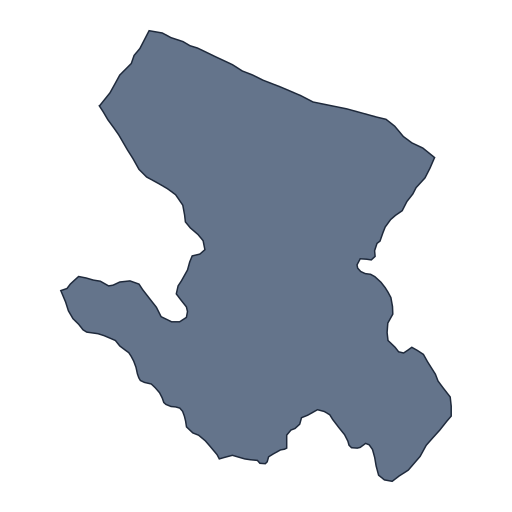 outline of Skellefteå, Västerbotten, Sweden
{"feature_id": "70781695B28951573568604", "entity_name": "Skellefteå", "entity_type": "district", "adm_level": 2, "iso_a3": "SWE", "parent_name": "Sweden", "parent_adm1": "Västerbotten", "projection": "mercator", "projection_center": [20.47, 64.835], "detail": "fine", "context": "isolated", "style": "filled", "palette": "slate", "viewbox_px": 512, "rotation_deg": 0, "n_neighbors": 0, "source": "geoboundaries", "source_scale": "gbopen_adm2", "svg_char_len": 2663}
<svg xmlns="http://www.w3.org/2000/svg" viewBox="0 0 512 512"><path d="M149.1,30.7L139.9,48.5L134.1,55.4L131.3,63.5L119.8,75.0L115.1,83.6L110.0,92.8L99.9,105.4L99.3,105.8L103.2,111.8L107.9,119.8L114.0,128.1L118.8,135.0L127.4,149.8L132.9,158.5L139.0,169.4L146.6,177.0L157.8,183.1L167.3,188.6L175.6,194.7L182.8,205.2L184.6,215.0L185.4,221.9L190.4,228.0L198.0,234.5L203.1,240.7L204.9,249.7L199.8,254.1L192.2,255.9L189.7,262.0L187.5,270.0L181.4,280.9L178.1,285.9L176.3,293.9L181.0,300.1L186.4,306.9L187.5,311.6L186.4,317.4L179.6,321.8L171.6,321.8L161.1,316.7L156.4,307.3L149.9,299.0L142.6,289.6L139.0,284.1L130.0,280.9L119.8,282.0L113.0,285.2L108.6,285.9L100.3,281.2L93.4,280.1L86.2,278.0L78.6,276.5L74.6,280.1L70.3,284.1L67.0,288.5L60.8,290.6L61.7,292.7L65.6,302.0L68.4,310.8L73.0,318.7L78.6,324.2L83.0,329.8L86.7,332.1L98.0,333.7L104.0,335.6L109.4,337.9L115.4,340.5L119.8,346.0L124.7,349.7L128.8,352.7L131.1,356.2L133.7,361.1L136.0,367.3L137.4,373.8L138.8,377.8L140.4,380.5L144.4,382.4L151.3,384.0L155.2,387.7L159.6,392.8L162.2,397.9L163.8,402.5L165.9,404.4L171.0,406.5L175.6,406.9L179.8,408.1L182.6,411.3L184.4,416.2L185.6,421.1L186.5,426.9L190.4,430.6L192.8,432.9L198.6,435.2L205.3,440.8L209.9,446.1L217.1,454.7L219.3,458.9L224.1,457.5L232.4,455.3L237.5,456.8L244.7,458.9L250.1,459.7L257.4,460.4L259.9,463.3L265.3,463.7L267.2,461.8L268.6,456.8L273.3,453.9L280.5,449.9L284.5,449.2L286.7,448.1L286.7,441.6L286.7,435.1L291.0,430.0L295.0,428.5L299.7,424.2L301.5,417.7L307.7,415.2L317.5,409.7L324.3,411.5L329.8,414.8L332.7,419.5L338.8,427.5L344.6,434.7L347.9,441.2L349.0,445.2L351.5,447.7L357.3,448.1L360.2,447.4L365.6,443.4L369.2,444.8L372.5,449.5L374.7,457.5L376.1,465.8L378.6,475.2L384.4,479.9L392.2,481.3L399.1,476.0L408.3,470.1L420.1,456.4L426.2,445.3L432.8,437.8L439.6,430.3L446.9,421.1L451.2,416.1L451.2,406.2L450.2,397.0L442.9,387.6L438.0,381.0L435.4,374.2L427.6,361.9L423.4,354.4L417.3,350.4L411.8,347.3L407.8,350.2L403.6,353.0L398.6,351.8L395.1,347.3L388.0,340.5L387.1,332.5L387.8,323.1L392.8,314.1L392.5,306.6L390.9,297.6L388.0,292.2L385.2,287.7L381.0,282.3L374.9,276.7L370.6,274.3L365.2,273.6L360.7,271.5L357.7,268.2L357.0,264.9L360.2,258.8L366.6,259.2L371.3,259.9L375.1,256.4L374.6,250.7L377.0,243.4L380.0,241.1L382.9,232.8L385.2,227.0L390.6,219.6L395.4,215.4L402.2,210.7L406.9,201.5L412.8,194.0L416.1,187.6L425.0,177.9L430.0,168.1L434.2,158.4L434.6,157.6L422.9,148.1L411.9,142.9L403.3,136.5L394.7,126.2L386.0,119.3L376.3,117.0L346.9,108.9L313.0,102.0L300.9,95.7L280.8,87.1L263.0,80.2L252.6,75.0L242.3,71.0L232.5,64.7L215.2,56.6L197.4,48.0L189.9,45.7L183.0,41.6L170.9,37.6L162.3,33.0L149.1,30.7Z" fill="#64748b" stroke="#1e293b" stroke-width="1.5"/></svg>